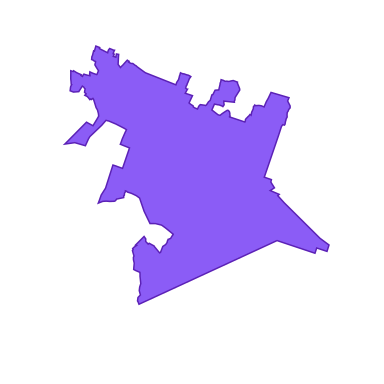 Oxkutzcab, Yucatán, Mexico (orthographic projection), rotated 283°
{"feature_id": "50627088B96232623294583", "entity_name": "Oxkutzcab", "entity_type": "district", "adm_level": 2, "iso_a3": "MEX", "parent_name": "Mexico", "parent_adm1": "Yucatán", "projection": "orthographic", "projection_center": [-89.442, 20.14], "detail": "fine", "context": "isolated", "style": "filled", "palette": "violet", "viewbox_px": 384, "rotation_deg": 283, "n_neighbors": 0, "source": "geoboundaries", "source_scale": "gbopen_adm2", "svg_char_len": 5918}
<svg xmlns="http://www.w3.org/2000/svg" viewBox="0 0 384 384"><g transform="rotate(283 192 192)"><path d="M171.2,337.4L175.7,327.1L202.2,284.3L207.7,276.4L209.3,277.5L211.0,267.9L214.6,271.4L219.4,266.6L221.9,266.6L222.7,259.1L266.6,263.6L275.7,264.4L276.4,264.6L277.2,264.9L277.6,265.1L277.9,265.3L278.1,265.4L277.9,266.9L278.3,267.2L279.0,267.4L282.0,267.2L282.6,267.4L283.3,267.2L283.7,267.3L285.2,267.4L285.8,267.8L287.1,267.7L288.6,267.2L288.9,267.2L290.9,266.9L292.8,267.6L293.8,267.6L295.4,268.3L295.7,268.6L296.5,268.6L298.0,268.2L302.2,264.7L305.7,265.3L306.8,246.6L300.4,245.2L296.8,244.1L291.1,243.1L291.6,240.1L291.4,237.7L290.4,234.3L290.9,233.6L289.1,232.8L289.0,232.7L288.8,232.7L288.5,232.7L288.1,232.8L287.8,232.9L286.4,232.9L284.6,232.5L284.3,232.5L283.4,232.2L283.2,232.2L282.9,232.2L282.3,232.2L282.1,232.3L281.6,232.3L280.8,232.3L280.1,232.3L280.4,231.6L280.6,231.1L280.2,230.9L279.8,230.7L279.4,230.5L278.9,230.3L278.0,229.6L277.6,229.4L276.9,229.0L276.7,228.9L276.2,228.5L275.9,228.3L275.6,228.2L275.0,227.9L274.6,227.8L274.3,227.8L274.1,227.8L273.2,228.0L272.8,227.9L272.3,227.7L272.1,227.7L273.6,211.7L274.1,211.6L274.3,211.7L274.5,212.0L274.8,211.9L275.4,211.7L275.6,211.6L275.9,211.5L276.5,211.2L277.3,211.2L277.8,210.8L278.5,210.5L278.9,210.2L279.0,209.7L279.3,209.5L279.4,209.4L279.5,209.3L279.6,209.0L279.7,208.7L279.6,208.2L279.3,207.7L278.5,206.9L275.1,203.7L273.0,202.1L273.1,200.0L276.4,192.9L282.7,194.1L282.8,197.8L283.0,198.7L282.4,202.6L282.2,202.9L284.2,203.7L285.9,203.0L287.7,202.6L289.0,213.1L289.9,212.8L291.3,213.1L293.7,212.7L302.1,215.6L303.5,215.1L308.4,211.7L309.3,211.6L309.9,207.1L308.8,204.6L308.4,204.0L307.8,202.2L307.9,201.2L307.3,199.3L307.8,197.6L308.0,195.1L305.7,195.2L304.3,194.9L303.7,195.1L302.7,195.1L297.5,195.1L296.4,191.6L291.6,190.4L291.1,189.5L286.1,189.2L285.3,189.1L283.6,187.8L280.1,186.5L279.3,185.7L279.4,185.1L279.0,180.4L277.5,179.5L277.0,179.3L274.1,178.7L274.6,175.6L275.2,174.1L276.1,173.8L276.5,172.9L277.2,170.9L278.1,169.1L286.0,170.8L286.7,163.2L289.9,164.1L291.2,164.5L291.1,163.7L291.8,162.4L292.6,162.5L293.0,162.5L293.7,162.5L294.4,162.6L294.8,162.9L295.3,162.9L295.5,163.0L295.8,163.0L296.3,163.0L296.5,163.0L296.9,163.1L297.6,163.3L297.8,163.3L298.2,163.4L299.7,163.6L300.1,163.7L300.7,163.7L301.5,163.9L302.1,164.0L302.3,164.1L302.8,164.4L303.3,164.6L303.6,164.7L304.2,164.9L304.3,164.4L304.5,164.1L304.6,163.7L304.9,162.6L305.0,162.1L305.0,161.9L305.0,161.7L305.0,160.9L305.0,160.2L305.1,159.6L305.2,158.7L305.3,158.0L305.3,157.5L305.2,157.0L305.1,156.5L305.2,155.9L305.4,155.0L305.4,154.5L305.4,154.3L305.5,154.0L305.1,154.0L304.8,153.9L304.6,154.0L304.3,153.9L304.1,153.9L303.5,153.9L302.3,153.7L302.0,153.7L301.2,153.7L300.9,153.8L300.6,153.7L300.2,153.7L299.8,153.6L299.4,153.7L299.1,153.7L298.6,153.6L298.3,153.5L297.7,153.3L296.3,152.8L295.6,152.5L295.2,152.4L294.5,152.4L292.8,152.2L297.7,119.8L298.2,118.5L301.7,110.3L302.4,109.2L302.7,108.0L303.9,105.4L303.6,104.0L303.6,103.6L303.7,103.0L303.8,102.6L304.0,102.1L304.1,101.5L304.3,101.0L305.2,101.3L305.4,100.3L305.6,100.0L305.9,99.3L304.6,98.5L300.0,96.0L298.4,94.9L298.1,94.8L297.6,94.5L297.2,94.3L299.7,91.3L306.9,90.0L309.6,89.6L309.5,87.3L307.8,87.4L306.2,87.5L306.3,86.6L306.4,85.6L306.4,84.8L307.1,84.9L307.5,85.0L308.0,85.1L308.4,85.2L308.8,85.2L309.0,84.1L310.9,84.2L312.7,84.6L312.6,83.3L312.7,83.0L312.9,82.0L313.1,80.6L313.3,79.5L311.7,78.7L310.3,78.5L308.7,78.5L310.9,69.5L312.0,69.6L312.6,65.5L307.3,65.2L307.4,64.4L302.7,64.3L301.3,64.0L298.5,64.4L298.4,65.0L298.3,65.5L298.2,66.1L298.0,66.5L297.8,66.8L297.6,67.3L297.6,68.0L297.4,68.7L296.4,68.8L295.9,68.8L295.7,68.8L294.8,68.7L294.3,68.8L294.0,68.8L292.4,70.3L289.1,73.6L287.5,73.3L285.5,73.0L285.4,73.0L285.0,72.8L285.0,72.4L285.2,70.5L285.3,69.6L285.6,67.6L285.9,66.3L286.1,65.5L285.3,65.6L284.5,65.6L283.3,66.1L282.6,66.4L282.3,66.4L282.4,65.5L282.3,64.1L282.3,63.9L282.3,63.4L282.4,61.4L282.4,61.0L282.6,60.2L282.1,59.9L281.3,59.5L280.9,59.5L280.0,59.3L280.6,57.5L281.4,57.6L281.9,54.8L282.4,52.5L282.8,51.4L283.5,49.4L282.7,49.2L282.7,48.3L282.8,47.3L282.9,46.6L282.3,46.7L281.6,46.9L281.0,47.1L279.5,47.4L275.9,48.2L275.0,48.4L272.4,49.3L270.7,49.8L269.6,50.2L269.5,50.6L268.6,50.3L267.5,50.1L266.5,50.1L263.2,50.5L262.7,54.0L264.3,59.1L270.5,61.3L270.2,62.0L269.9,62.8L269.7,63.1L269.1,63.7L268.9,63.8L268.4,64.7L266.6,64.7L264.9,64.9L263.8,66.8L263.2,66.5L262.7,66.1L262.1,65.8L261.8,67.2L261.6,68.1L261.3,68.7L260.5,69.9L259.0,71.7L259.9,72.5L259.5,73.3L260.9,74.4L260.2,75.2L252.6,79.6L250.7,81.4L247.5,83.1L244.9,84.0L242.2,83.2L234.3,80.6L235.8,75.2L236.3,73.5L210.1,57.3L213.7,66.7L213.1,77.7L220.5,79.2L223.0,80.0L236.8,89.1L242.5,92.1L242.4,94.3L242.5,94.7L242.1,96.9L241.1,102.6L238.8,111.7L238.0,114.1L236.4,113.8L235.3,113.5L227.9,112.1L223.3,111.6L222.4,111.4L221.3,118.5L220.9,121.2L199.4,119.0L200.0,113.6L200.2,112.4L200.5,108.9L176.3,106.9L168.6,104.2L162.2,103.5L160.1,103.2L162.8,107.2L163.8,110.5L164.3,114.0L165.5,118.4L166.3,119.4L168.1,120.1L171.2,126.7L172.9,126.3L173.6,126.8L175.7,126.5L177.3,127.1L178.1,126.9L178.0,128.1L177.4,129.1L177.1,133.0L177.0,133.7L175.9,138.6L174.3,142.3L162.4,149.7L151.8,158.2L153.0,163.5L152.9,169.8L151.1,174.1L146.6,183.2L145.9,183.1L145.6,182.8L142.0,181.6L140.5,179.5L140.4,179.3L139.8,179.4L139.0,179.1L138.3,179.0L137.5,179.2L136.2,178.7L135.4,178.4L134.8,178.1L132.4,175.8L126.1,174.9L125.4,174.1L130.3,167.7L130.9,167.2L132.4,161.8L131.4,161.0L133.4,158.0L135.9,157.5L137.9,155.3L127.6,148.9L127.5,150.0L126.8,149.4L125.0,147.8L123.5,146.9L122.6,147.6L121.6,147.1L120.3,147.8L116.7,149.8L116.1,149.8L115.1,149.6L112.8,150.2L109.7,151.7L104.1,152.5L103.4,152.6L102.8,154.8L102.0,159.3L100.1,159.9L98.2,160.3L91.2,162.7L87.6,162.4L84.0,162.8L80.1,164.9L77.1,163.1L73.6,163.4L72.9,164.1L70.7,165.6L110.2,216.6L163.8,285.8L160.0,325.6L165.5,326.1L164.5,336.9L171.2,337.4Z" fill="#8b5cf6" stroke="#5b21b6" stroke-width="1.5"/></g></svg>